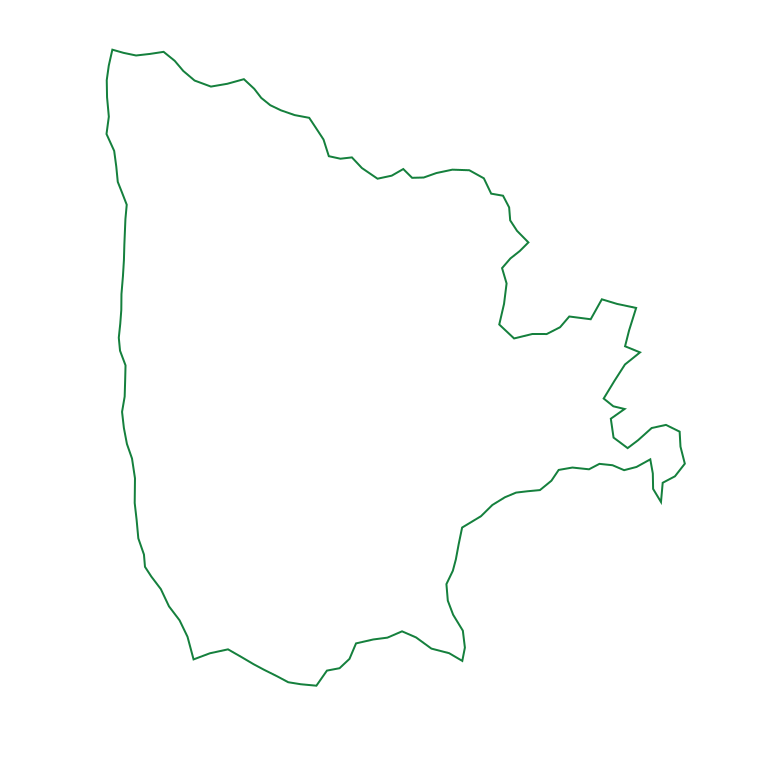 Moeda, Minas Gerais, Brazil, rotated 186°
{"feature_id": "56859067B15311257315024", "entity_name": "Moeda", "entity_type": "district", "adm_level": 2, "iso_a3": "BRA", "parent_name": "Brazil", "parent_adm1": "Minas Gerais", "projection": "albers", "projection_center": [-44.004, -20.33], "detail": "fine", "context": "isolated", "style": "outline", "palette": "green", "viewbox_px": 768, "rotation_deg": 186, "n_neighbors": 0, "source": "geoboundaries", "source_scale": "gbopen_adm2", "svg_char_len": 2044}
<svg xmlns="http://www.w3.org/2000/svg" viewBox="0 0 768 768"><g transform="rotate(186 384 384)"><path d="M689.1,688.1L691.0,671.8L691.5,657.2L689.4,640.2L685.6,621.1L686.1,603.6L676.7,587.6L673.0,572.3L669.9,557.2L664.5,546.9L658.6,535.4L658.4,520.9L656.8,495.6L655.6,480.0L654.9,464.0L654.5,445.9L653.0,430.1L652.6,416.4L652.6,402.3L650.0,389.5L643.0,375.5L641.8,360.5L640.6,344.4L641.6,328.9L638.1,313.1L633.4,297.5L626.8,283.5L621.8,264.2L619.5,239.6L615.8,222.9L612.2,204.8L604.9,189.3L602.6,177.2L595.3,168.2L584.5,156.7L574.6,140.4L562.6,127.6L553.0,112.1L544.6,90.2L529.0,98.0L511.4,103.8L497.1,97.5L484.4,91.7L473.3,87.2L459.4,82.0L448.1,77.4L435.4,76.7L419.7,76.9L410.8,93.0L398.5,96.7L389.6,107.0L384.7,123.1L368.0,128.8L354.1,132.1L340.2,139.9L325.6,135.3L309.2,125.8L291.1,123.1L277.2,116.8L276.0,130.3L279.8,146.9L291.1,161.7L297.9,175.2L301.0,191.5L296.0,205.5L294.2,217.1L293.0,232.3L291.3,249.4L273.7,262.7L263.6,275.0L251.9,284.0L241.3,289.8L230.2,292.3L217.8,294.8L207.4,305.3L201.3,316.8L187.9,320.6L171.2,320.6L161.4,327.1L148.2,327.1L136.2,323.4L124.2,327.9L111.3,336.9L107.3,323.1L105.4,307.8L96.2,295.6L96.5,314.9L85.0,322.6L76.5,336.2L82.6,352.7L85.0,367.5L99.3,372.8L113.2,368.2L125.4,354.7L135.0,345.7L150.1,354.7L154.8,373.2L142.1,384.3L153.6,385.8L164.0,392.5L155.1,411.3L146.4,428.6L132.7,442.2L148.2,446.7L145.9,462.7L141.2,486.0L160.5,488.0L176.2,491.0L185.2,470.0L206.8,470.5L214.8,458.9L227.4,450.7L241.8,449.2L259.4,442.9L275.6,455.2L273.0,476.2L272.6,496.8L278.7,511.6L271.4,522.1L262.9,530.4L255.2,539.9L267.7,550.2L275.6,559.9L278.0,572.7L285.3,583.7L297.3,584.5L306.2,599.0L321.5,605.5L338.4,604.3L353.9,599.3L366.1,593.5L377.6,592.0L387.3,599.8L398.1,592.0L411.9,587.5L428.6,596.5L439.6,606.0L450.9,603.5L462.7,604.8L469.7,620.8L477.7,630.6L486.2,640.9L501.0,642.1L515.1,645.4L526.3,649.4L536.0,655.7L543.9,664.0L555.2,672.5L571.2,666.2L587.2,661.7L604.1,666.0L616.3,674.3L625.9,683.5L637.9,691.3L651.3,687.8L664.9,684.8L677.6,686.1L689.1,688.1Z" fill="none" stroke="#15803d" stroke-width="2"/></g></svg>